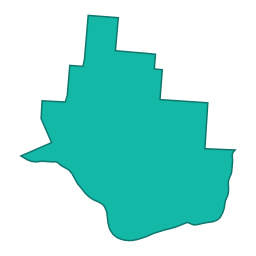 the district of Lawrence, Ohio, United States of America
{"feature_id": "52423323B32939129903827", "entity_name": "Lawrence", "entity_type": "district", "adm_level": 2, "iso_a3": "USA", "parent_name": "United States of America", "parent_adm1": "Ohio", "projection": "natural_earth1", "projection_center": [-82.537, 38.626], "detail": "fine", "context": "isolated", "style": "filled", "palette": "teal", "viewbox_px": 256, "rotation_deg": 0, "n_neighbors": 0, "source": "geoboundaries", "source_scale": "gbopen_adm2", "svg_char_len": 1133}
<svg xmlns="http://www.w3.org/2000/svg" viewBox="0 0 256 256"><path d="M88.2,15.4L84.5,59.0L83.0,66.4L69.8,65.4L67.3,95.3L65.3,102.0L42.1,100.8L41.1,118.6L51.6,142.6L44.2,145.8L20.9,156.0L27.4,159.8L31.5,161.4L35.7,161.9L42.1,161.2L51.9,161.9L55.4,161.8L57.8,162.6L59.9,164.6L62.2,166.2L67.9,169.3L69.3,170.4L72.0,173.6L77.7,183.9L81.8,188.8L85.3,193.3L88.8,196.6L93.1,199.6L96.3,201.0L98.6,202.0L100.9,203.3L102.8,204.6L104.1,206.1L105.1,207.9L106.7,212.0L108.1,223.3L109.6,228.8L110.9,231.2L113.1,234.4L116.5,237.1L117.6,237.8L120.8,239.1L124.3,240.1L127.2,240.4L128.7,240.6L132.6,240.4L136.9,239.6L137.0,239.6L145.8,236.8L154.3,233.1L165.2,229.8L170.3,228.6L174.8,227.3L175.5,227.1L187.4,222.4L193.6,224.9L196.8,224.7L205.5,222.8L213.4,221.6L217.6,219.8L220.2,217.4L222.6,213.0L224.3,207.8L224.8,203.8L225.6,200.2L227.3,196.4L228.2,193.6L228.6,189.5L228.3,182.8L228.7,180.0L229.8,176.9L230.8,174.9L231.6,172.3L232.6,161.3L232.3,155.0L232.5,153.6L233.4,151.8L235.1,150.0L204.9,148.7L207.8,102.8L160.0,99.6L162.3,69.7L154.3,69.0L155.5,54.2L115.4,50.7L118.3,17.7L88.2,15.4Z" fill="#14b8a6" stroke="#0f766e" stroke-width="1.5"/></svg>